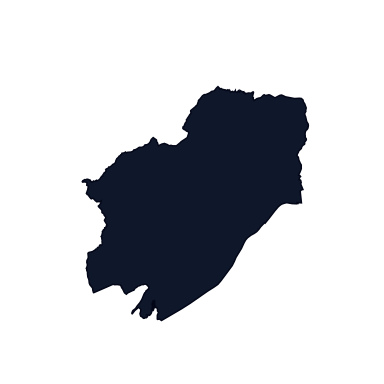 outline of San Estanislao, Bolívar, Colombia, rotated 33°
{"feature_id": "7082276B79132540776800", "entity_name": "San Estanislao", "entity_type": "district", "adm_level": 2, "iso_a3": "COL", "parent_name": "Colombia", "parent_adm1": "Bolívar", "projection": "equal_earth", "projection_center": [-75.215, 10.366], "detail": "fine", "context": "isolated", "style": "filled", "palette": "ink", "viewbox_px": 384, "rotation_deg": 33, "n_neighbors": 0, "source": "geoboundaries", "source_scale": "gbopen_adm2", "svg_char_len": 6046}
<svg xmlns="http://www.w3.org/2000/svg" viewBox="0 0 384 384"><g transform="rotate(33 192 192)"><path d="M232.7,54.0L231.0,54.9L227.0,57.8L218.7,61.2L215.2,61.7L214.1,62.0L212.9,63.3L210.7,67.2L210.1,67.9L204.9,68.2L203.6,68.5L201.1,71.1L199.6,71.1L199.1,71.9L198.5,74.9L197.7,76.1L196.8,76.9L195.6,78.3L194.3,81.5L192.5,80.4L192.1,79.5L191.1,79.2L190.6,78.6L189.6,75.6L189.2,74.8L188.8,74.7L188.3,75.3L188.0,76.4L187.3,77.2L185.3,78.3L183.4,80.5L183.2,80.0L182.5,80.2L181.8,80.0L181.2,80.6L180.7,79.8L179.9,80.6L178.9,80.4L177.9,80.9L177.5,80.7L177.2,82.1L176.8,81.5L176.3,81.6L176.0,81.2L175.6,82.5L175.8,83.2L175.7,83.7L174.9,83.8L174.5,84.2L174.1,84.1L173.8,84.2L173.1,83.3L173.1,84.6L172.5,85.6L171.2,85.5L170.0,87.2L168.8,86.8L168.4,86.2L167.8,86.3L167.4,86.1L166.8,87.2L166.0,87.1L165.9,88.0L165.4,88.0L165.0,88.4L164.2,88.2L163.8,88.6L163.4,88.6L161.7,89.3L160.0,89.4L159.7,90.2L159.1,90.6L158.8,90.1L158.0,90.1L157.9,89.8L156.4,89.5L155.9,91.3L155.6,94.6L155.1,95.7L153.7,96.9L152.8,99.3L150.4,102.9L149.2,103.7L148.4,105.6L148.0,110.0L147.6,111.3L147.8,111.8L147.7,112.0L148.3,113.3L148.4,114.3L149.0,116.1L148.5,117.3L148.4,118.5L146.6,124.3L146.8,124.9L148.0,126.0L148.2,127.1L148.0,128.8L148.1,130.2L148.0,133.0L148.2,133.7L148.0,134.5L148.7,135.2L149.0,136.5L148.8,138.0L149.5,141.5L149.0,142.4L149.8,143.7L150.3,143.8L151.5,143.9L152.6,143.6L154.1,143.9L156.6,143.5L157.2,144.4L158.4,149.0L155.5,155.7L155.3,156.9L153.8,161.7L150.6,163.8L149.0,164.3L147.5,165.7L145.7,165.6L142.4,166.3L140.4,168.5L138.7,171.5L138.1,171.2L136.1,169.4L135.1,169.2L133.8,167.7L129.8,167.5L129.2,170.1L129.7,173.0L129.4,175.2L128.3,177.1L127.7,177.4L126.8,178.4L126.9,179.6L126.2,181.1L125.1,182.2L123.6,183.1L123.1,183.8L122.5,185.5L121.4,187.4L120.3,188.4L120.4,189.0L120.2,190.1L119.2,191.6L116.3,193.8L115.7,194.8L114.4,194.7L114.0,195.9L112.1,197.7L112.4,198.5L112.3,199.3L111.9,199.7L112.0,200.9L111.4,201.4L111.3,203.2L110.8,205.1L111.1,207.1L111.7,209.0L111.5,210.4L110.4,212.3L110.4,213.4L109.5,215.8L108.6,216.3L108.8,216.9L108.4,218.2L107.5,219.5L107.5,220.4L108.3,220.7L108.4,221.1L108.5,223.0L107.9,223.4L108.0,224.8L107.9,226.1L108.5,227.4L108.2,227.9L107.6,228.1L107.8,228.7L107.6,229.4L107.7,231.0L107.3,232.7L106.1,234.5L105.9,234.7L105.5,234.3L104.3,236.4L103.9,236.7L103.4,236.5L103.1,237.6L102.6,238.4L102.2,238.5L101.8,238.1L101.1,238.2L100.3,237.5L97.9,238.0L96.9,238.5L96.1,239.7L95.3,240.0L94.3,242.0L94.3,243.0L94.8,243.3L96.8,241.8L98.2,241.4L98.9,241.5L100.1,243.7L101.5,243.6L102.1,243.8L102.3,244.1L102.5,245.2L103.2,246.5L104.2,250.7L105.6,251.2L107.2,251.0L107.8,251.6L110.8,252.6L111.4,252.5L111.9,251.4L113.4,251.3L115.5,251.9L117.6,252.1L118.4,251.2L119.7,250.6L120.4,249.9L120.8,248.9L121.5,250.6L121.6,253.1L121.1,254.8L121.5,255.2L125.3,256.0L126.6,256.6L127.7,258.3L130.1,258.4L130.7,258.6L130.7,259.1L131.0,259.3L133.5,260.1L133.8,261.1L133.9,263.3L134.4,263.8L137.8,265.4L138.3,265.9L138.7,265.9L138.6,267.0L139.3,267.4L138.8,268.2L139.2,268.8L138.7,269.5L138.5,269.3L138.3,269.5L138.7,269.9L138.7,270.8L139.0,271.3L138.9,271.7L138.6,271.5L138.4,271.7L138.3,272.1L138.6,272.8L138.3,273.6L138.5,274.3L139.2,274.9L139.6,276.6L140.1,277.2L140.0,278.8L141.3,279.4L141.6,280.1L143.2,281.7L143.7,282.9L144.5,283.5L145.3,285.5L145.0,286.1L143.8,286.3L143.6,287.1L144.0,289.0L143.8,289.4L143.0,290.0L143.3,291.3L142.5,292.2L142.2,293.6L141.0,296.2L138.4,298.9L138.1,299.9L138.2,300.2L140.6,303.2L141.1,304.9L141.1,305.8L141.3,306.9L142.4,308.7L143.3,309.2L144.4,311.0L145.0,313.7L145.5,313.8L146.5,315.1L146.9,315.2L147.5,315.9L148.3,316.2L148.5,317.0L150.8,319.9L153.3,321.7L155.4,324.3L156.9,325.4L160.9,326.7L162.5,328.6L164.0,329.9L164.4,330.0L176.1,312.3L177.4,312.0L179.8,310.3L182.5,309.1L183.7,309.3L184.2,310.0L184.8,309.9L185.4,310.7L186.2,310.8L190.3,313.3L192.6,313.5L193.1,311.6L196.0,306.8L196.7,306.1L196.7,303.5L197.4,302.3L198.1,300.1L199.1,299.1L200.3,297.0L201.7,296.2L202.2,295.3L203.4,294.5L204.3,294.4L207.6,295.2L208.5,297.0L207.9,297.7L208.0,298.2L207.3,299.8L207.6,301.5L207.3,302.2L207.4,303.7L208.5,309.5L208.6,313.2L208.1,317.4L208.1,320.5L207.1,323.3L207.0,324.2L207.5,326.3L207.9,326.7L208.2,326.7L208.3,326.3L208.6,322.6L209.8,318.7L210.1,318.1L210.6,317.9L211.8,318.0L213.2,318.6L213.9,320.0L214.7,322.5L216.6,324.1L217.9,323.9L218.9,324.2L220.2,324.3L221.0,323.6L221.4,322.7L222.2,322.3L222.5,321.2L222.4,320.2L221.4,319.6L222.4,318.9L223.4,318.7L223.7,318.2L223.9,316.3L223.1,313.0L222.6,312.4L221.9,312.2L221.9,310.8L220.7,308.7L219.6,308.0L218.6,304.7L218.9,304.5L219.1,304.6L219.7,306.0L222.2,309.5L222.2,310.1L223.5,312.9L223.9,312.6L223.9,311.8L222.6,308.6L221.0,306.3L219.9,305.2L219.4,304.1L219.5,303.5L219.9,303.6L222.3,307.3L223.4,307.6L222.8,308.4L223.0,309.0L223.5,309.3L223.8,309.3L224.2,308.7L225.3,308.4L226.1,308.5L227.0,309.3L227.9,310.6L229.5,311.2L230.0,314.2L232.1,317.5L232.5,317.6L233.8,316.4L234.3,316.3L236.4,316.4L246.6,296.1L251.0,286.5L259.1,266.6L262.1,260.1L264.0,255.4L264.6,250.8L265.8,231.9L265.3,227.3L264.5,222.9L264.2,212.5L263.3,206.2L263.1,203.0L263.5,200.1L265.0,196.0L266.7,192.9L267.9,189.9L268.4,186.7L268.5,184.0L269.6,178.1L270.3,178.3L270.9,172.9L271.7,162.9L272.4,157.5L273.0,155.3L273.8,153.4L275.4,151.3L277.2,149.4L282.3,147.2L286.2,144.9L286.1,144.6L287.0,144.0L286.1,143.5L289.7,141.5L282.3,132.4L282.6,130.6L283.7,129.5L278.7,126.0L278.4,125.5L278.6,124.9L278.1,124.2L276.9,123.4L276.9,123.1L276.4,122.9L275.3,123.5L275.0,123.3L274.3,120.9L274.7,120.0L273.3,119.4L272.3,119.9L272.0,119.6L271.8,116.8L271.0,113.0L268.9,109.8L267.1,108.9L264.2,107.0L262.2,104.9L260.7,104.5L260.0,103.9L259.7,102.7L259.5,100.5L259.2,99.3L260.0,96.0L259.4,94.3L259.6,92.4L260.4,90.7L260.1,90.0L259.8,90.0L259.4,89.3L259.5,86.0L258.6,85.0L257.1,84.5L256.5,83.3L255.3,82.0L254.2,79.6L254.1,78.2L254.5,76.8L254.5,76.0L253.9,74.7L254.2,74.7L253.5,73.0L252.4,71.7L249.8,70.4L246.2,66.9L244.9,66.1L243.9,64.9L243.7,64.2L243.6,62.4L243.0,61.8L242.0,59.3L238.6,56.7L236.5,55.8L234.9,54.3L232.7,54.0Z" fill="#0f172a" stroke="#020617" stroke-width="1.5"/></g></svg>